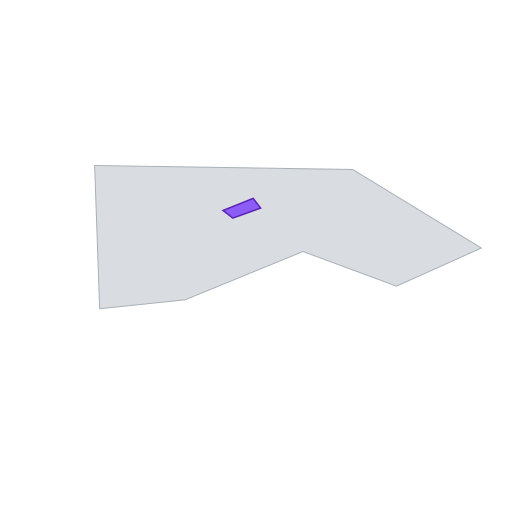 Seychelles, with Roche Caïman highlighted, rotated 303°
{"feature_id": "SYC-5222", "entity_name": "Roche Caïman", "entity_type": "state/province", "adm_level": 1, "iso_a3": "SYC", "parent_name": "Seychelles", "parent_adm1": "", "projection": "mercator", "projection_center": [55.482, -4.649], "detail": "fine", "context": "in_parent", "style": "filled", "palette": "violet", "viewbox_px": 512, "rotation_deg": 303, "n_neighbors": 0, "source": "natural_earth", "source_scale": "10m", "svg_char_len": 388}
<svg xmlns="http://www.w3.org/2000/svg" viewBox="0 0 512 512"><g transform="rotate(303 256 256)"><path d="M381.2,290.0L385.4,440.6L307.2,390.2L285.3,292.9L180.7,220.4L126.6,153.6L244.0,71.4L381.2,290.0Z" fill="#d9dde1" stroke="#a8b0b8" stroke-width="1"/><path d="M276.2,203.5L302.8,222.2L298.7,233.8L275.2,215.9L276.2,203.5Z" fill="#8b5cf6" stroke="#5b21b6" stroke-width="1.5"/></g></svg>